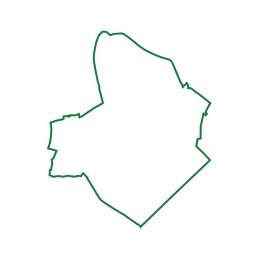 outline of Serrekunda West, Banjul, Gambia, rotated 80°
{"feature_id": "56634734B71497134195207", "entity_name": "Serrekunda West", "entity_type": "district", "adm_level": 2, "iso_a3": "GMB", "parent_name": "Gambia", "parent_adm1": "Banjul", "projection": "mercator", "projection_center": [-16.697, 13.446], "detail": "fine", "context": "isolated", "style": "outline", "palette": "green", "viewbox_px": 256, "rotation_deg": 80, "n_neighbors": 0, "source": "geoboundaries", "source_scale": "gbopen_adm2", "svg_char_len": 3050}
<svg xmlns="http://www.w3.org/2000/svg" viewBox="0 0 256 256"><g transform="rotate(80 128 128)"><path d="M118.9,43.4L117.9,42.6L115.4,44.7L106.1,53.1L104.3,55.2L102.1,56.8L100.3,58.7L99.3,60.2L99.3,61.9L98.3,61.9L96.9,61.3L93.9,62.3L95.8,65.0L96.7,66.7L97.6,67.1L98.3,67.4L96.3,66.6L91.4,68.5L71.4,73.0L69.9,73.7L68.3,74.8L67.3,76.5L66.1,79.0L64.0,83.2L62.8,85.2L59.8,90.1L59.3,90.7L57.7,92.9L53.9,97.9L49.6,102.4L49.2,102.8L48.5,103.5L45.1,106.1L42.7,108.3L41.7,109.2L39.7,110.9L36.5,114.0L36.0,114.6L34.6,116.1L33.7,118.2L32.9,125.9L33.4,128.8L33.5,129.1L32.1,130.6L29.6,132.6L29.2,134.1L28.7,136.7L28.9,137.0L30.0,138.2L31.3,140.2L34.5,142.4L39.3,145.0L48.3,148.4L51.5,149.3L56.1,149.9L63.3,150.0L65.2,150.0L69.7,149.9L71.9,149.8L75.7,149.7L76.4,149.7L79.5,149.4L81.4,149.1L82.7,149.1L83.2,149.2L85.0,149.5L90.2,149.0L95.2,148.6L95.3,148.6L99.1,148.4L102.9,159.1L103.3,159.9L103.4,160.0L108.2,170.7L108.5,171.8L109.1,174.0L105.6,174.0L106.4,177.5L105.4,182.8L105.4,183.1L106.4,183.4L106.4,184.2L106.4,184.7L105.8,184.7L105.8,184.9L105.7,184.9L105.4,189.4L106.5,189.7L107.2,189.9L108.1,190.0L108.1,190.4L108.3,196.8L109.2,203.3L113.2,203.4L113.3,203.4L117.3,203.9L118.4,204.3L122.4,205.2L122.6,205.3L128.7,207.3L129.2,207.5L129.4,207.6L134.3,210.2L135.6,207.1L138.1,202.3L140.3,203.8L144.1,206.2L145.1,206.9L145.9,208.8L146.1,208.8L148.3,208.5L149.2,208.7L151.5,209.5L151.8,209.6L155.8,211.0L155.7,212.2L159.1,213.0L161.0,213.4L161.5,212.1L161.9,211.5L162.0,211.4L162.4,210.9L162.8,210.6L162.9,210.1L163.2,208.9L163.2,208.2L163.2,206.7L163.4,204.0L164.1,202.4L164.2,202.0L164.5,200.9L164.6,200.4L164.7,200.1L164.7,198.9L164.7,198.3L164.7,197.9L164.7,196.7L164.6,195.3L164.6,195.2L164.8,194.5L165.5,193.1L165.8,191.4L166.1,191.0L166.4,190.6L166.7,189.1L166.7,188.3L166.5,186.3L166.6,185.3L166.6,184.8L167.4,182.6L166.7,182.2L164.8,180.1L166.9,178.6L169.9,176.7L170.1,177.0L170.6,176.8L172.1,176.2L173.1,175.8L173.6,175.6L174.5,175.2L175.8,174.7L177.0,174.3L178.4,173.7L180.0,173.1L181.5,172.5L182.0,172.3L183.6,171.7L184.3,171.4L184.5,171.4L185.4,171.0L186.2,170.7L187.1,170.4L187.4,170.2L187.5,170.2L191.2,168.7L191.6,168.5L191.8,168.4L192.2,168.2L194.2,167.2L194.3,167.1L194.5,166.9L195.5,166.0L196.3,165.3L196.6,164.9L196.9,164.5L197.0,164.4L197.2,164.2L197.3,164.2L199.3,162.2L201.4,160.0L201.4,159.9L205.3,155.7L205.5,155.5L206.2,154.7L206.8,154.0L206.9,153.8L209.9,150.4L210.0,150.3L210.2,150.1L210.5,149.7L211.0,149.1L213.0,146.8L213.1,146.7L214.4,145.4L215.1,144.7L215.3,144.6L215.5,144.3L215.9,144.0L216.0,144.0L216.3,143.6L218.2,141.7L219.9,140.0L221.3,138.5L224.4,135.5L224.5,135.4L224.4,135.2L227.2,132.5L227.3,132.5L227.2,132.4L222.4,125.2L217.1,117.4L216.8,116.9L213.4,111.9L212.6,110.6L210.4,107.5L208.8,105.1L205.4,100.0L200.5,92.8L200.2,92.3L198.8,90.3L196.5,86.8L193.4,82.1L192.0,80.0L190.4,77.6L183.1,66.6L179.1,60.6L173.9,52.8L166.2,57.8L157.7,64.0L157.6,63.9L151.0,61.4L151.0,58.6L151.0,58.3L138.9,56.1L126.9,51.1L129.0,49.1L127.7,47.9L125.6,48.8L118.7,43.5L118.9,43.4Z" fill="none" stroke="#15803d" stroke-width="2"/></g></svg>